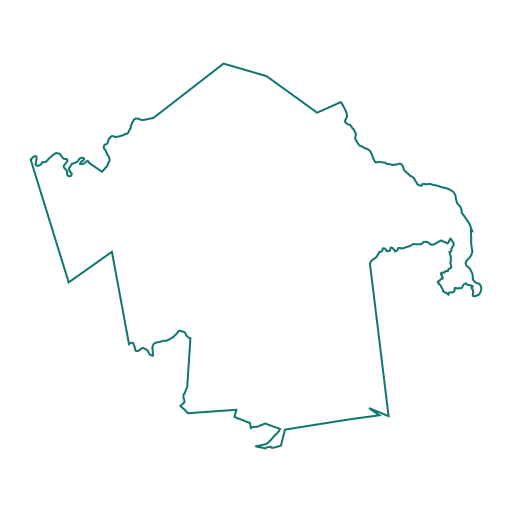 the district of San Juan Lachao, Oaxaca, Mexico
{"feature_id": "50627088B81693783238627", "entity_name": "San Juan Lachao", "entity_type": "district", "adm_level": 2, "iso_a3": "MEX", "parent_name": "Mexico", "parent_adm1": "Oaxaca", "projection": "mercator", "projection_center": [-97.102, 16.205], "detail": "fine", "context": "isolated", "style": "outline", "palette": "teal", "viewbox_px": 512, "rotation_deg": 0, "n_neighbors": 0, "source": "geoboundaries", "source_scale": "gbopen_adm2", "svg_char_len": 6045}
<svg xmlns="http://www.w3.org/2000/svg" viewBox="0 0 512 512"><path d="M340.8,102.1L317.0,112.7L316.0,112.1L314.6,110.7L312.7,109.5L266.6,76.2L223.5,63.6L153.5,117.9L142.5,120.2L139.6,119.3L138.8,118.8L137.2,118.6L136.1,118.4L135.2,119.0L134.1,119.5L132.5,122.3L132.4,122.3L130.7,126.3L130.9,127.8L129.9,129.0L129.5,130.1L128.7,131.2L128.2,132.9L127.1,133.8L125.3,133.9L123.8,135.1L122.6,135.2L121.6,135.9L120.3,135.9L118.9,136.6L117.5,136.6L115.7,137.0L114.4,136.7L113.1,136.1L111.8,136.1L110.6,136.9L108.9,138.9L107.5,143.1L106.7,144.0L104.7,144.7L104.1,145.6L103.7,146.8L104.0,148.5L105.0,149.4L105.4,150.4L105.9,151.0L107.0,153.9L108.5,156.3L109.5,158.4L109.5,161.1L108.0,163.5L107.4,165.6L105.1,168.3L104.3,169.3L101.9,171.7L90.1,163.6L89.2,162.8L88.2,161.2L87.0,161.0L85.3,162.6L82.6,164.1L80.1,164.0L80.2,163.2L81.0,161.9L82.2,161.0L83.1,160.6L84.0,159.4L84.0,158.6L83.6,158.2L82.6,157.8L81.3,157.8L79.9,158.4L79.2,159.0L78.3,160.4L77.4,161.7L74.7,162.9L71.8,163.9L71.3,164.9L69.8,167.4L69.0,168.4L69.1,169.7L69.9,171.5L71.1,172.8L71.8,174.0L71.3,175.3L70.4,176.2L69.3,176.3L67.9,175.7L67.5,175.0L67.0,173.6L67.1,171.4L66.9,171.1L66.6,170.2L65.4,169.1L64.7,168.2L64.0,167.6L63.7,166.8L63.9,165.6L64.5,164.7L65.4,163.8L67.5,160.9L66.9,159.3L66.5,159.0L65.3,159.0L63.8,158.7L63.4,158.4L62.4,157.5L59.7,153.8L56.7,153.1L55.5,153.3L54.1,154.2L52.1,155.7L49.2,158.3L48.0,159.6L47.5,160.4L46.2,161.6L45.4,162.0L42.5,162.2L41.4,163.6L41.1,164.2L40.3,164.8L38.7,165.6L37.4,165.8L36.1,165.4L35.6,164.4L35.6,163.7L35.9,162.7L36.6,158.5L36.5,157.3L36.3,156.4L35.7,156.1L34.5,156.2L33.1,157.1L30.7,159.7L68.7,282.4L111.9,251.8L129.0,344.1L130.0,343.2L131.4,342.9L132.6,342.8L133.4,343.4L133.7,344.8L134.6,346.7L135.4,350.5L136.2,350.9L137.2,351.1L138.4,350.8L139.4,350.0L140.2,349.7L141.1,348.6L143.2,347.9L145.5,349.3L146.7,349.6L147.7,350.8L149.5,354.2L152.0,355.6L152.7,355.8L153.2,354.9L152.8,353.4L152.7,350.0L152.5,348.5L152.3,347.6L152.8,345.7L153.2,345.0L153.9,343.8L155.2,343.0L157.5,342.3L161.4,341.5L163.6,340.7L165.6,340.9L169.2,339.5L174.0,336.5L174.4,335.8L176.9,333.6L178.2,331.5L179.7,330.6L181.9,331.5L183.8,331.7L185.1,332.8L186.5,335.7L187.4,336.4L188.5,337.6L190.4,338.2L187.3,385.6L187.0,387.2L186.6,388.6L185.8,390.2L184.9,392.9L183.9,394.0L183.6,394.9L183.4,397.7L184.2,399.6L184.4,401.1L184.4,402.3L180.4,405.9L182.7,408.1L184.7,409.8L186.3,411.5L186.8,412.3L188.0,413.2L236.3,409.8L234.5,417.0L249.9,423.0L250.9,428.0L251.9,427.4L253.5,427.0L257.2,426.8L265.1,423.5L280.0,428.9L278.9,431.1L277.3,433.2L275.3,434.9L273.2,437.2L271.1,439.7L267.9,442.8L265.6,444.3L260.4,445.4L255.3,446.3L265.5,448.4L266.8,447.4L270.4,446.7L272.0,447.9L274.9,447.4L276.0,447.1L277.0,446.7L279.0,446.4L279.8,445.8L280.9,445.7L285.0,429.6L351.0,419.1L379.4,415.3L369.0,408.1L388.6,416.1L369.9,263.3L371.6,260.6L376.3,257.2L378.5,253.7L379.1,252.2L381.6,251.4L382.5,250.3L382.5,249.2L382.8,248.4L383.8,248.4L384.9,248.6L386.5,250.3L386.7,251.2L389.3,250.9L390.0,250.4L390.2,249.1L390.7,247.7L392.1,247.7L393.7,249.4L394.8,250.3L395.0,251.3L397.1,250.5L397.9,249.3L398.3,248.1L399.9,247.8L401.4,248.6L403.5,248.1L410.0,246.0L412.8,244.2L421.1,244.3L422.3,243.2L424.1,241.8L427.0,242.0L428.0,242.4L431.1,244.7L432.7,244.8L435.4,243.7L438.8,241.6L441.5,240.4L442.3,241.2L446.7,242.8L447.4,243.4L448.5,242.5L449.1,240.9L450.4,238.7L451.3,239.4L452.2,241.3L453.2,242.3L453.8,244.6L453.4,245.5L451.4,248.5L451.5,250.2L450.5,251.9L449.5,252.0L449.7,253.2L450.9,257.0L450.9,257.7L450.6,259.3L451.0,260.6L450.3,262.8L450.6,264.2L451.3,266.7L451.2,267.4L450.3,268.3L449.2,268.7L448.2,269.5L448.0,271.0L447.3,271.2L446.3,271.1L445.3,271.4L444.1,272.7L443.4,272.5L441.7,272.7L440.9,273.5L441.2,274.8L442.0,275.0L441.9,276.9L442.8,277.8L442.5,278.7L441.6,278.8L440.5,279.5L439.8,280.5L439.0,280.8L438.6,281.4L437.9,281.6L437.9,282.7L438.7,282.9L439.1,284.4L439.8,284.6L440.8,285.9L441.6,287.6L442.3,288.8L443.0,290.1L443.2,291.3L445.0,292.5L446.6,293.1L448.4,294.6L448.7,293.8L448.7,293.0L450.8,292.2L452.2,292.5L453.3,292.2L454.4,291.2L454.7,290.1L454.6,288.9L455.0,288.0L456.2,288.1L458.2,288.6L459.0,288.0L459.9,288.2L461.0,288.2L461.9,287.8L463.4,284.9L464.3,284.0L466.1,283.4L466.7,284.3L467.8,284.9L469.6,285.2L470.1,285.1L471.3,285.6L471.8,285.7L472.7,286.5L471.4,287.6L471.7,288.4L472.3,288.9L472.9,290.4L472.9,291.1L473.4,292.0L473.1,292.9L472.8,294.9L472.9,295.4L473.3,296.1L475.4,296.1L476.6,295.7L477.4,295.1L478.0,295.1L478.9,294.6L479.7,293.5L480.5,291.9L481.3,289.0L481.1,286.5L479.5,284.1L478.1,283.3L476.9,283.1L475.7,282.5L473.9,281.1L472.7,278.8L473.0,277.8L472.7,276.7L472.6,275.5L472.7,275.2L472.1,273.2L471.2,271.4L469.9,268.5L466.3,265.6L465.6,263.1L466.6,260.7L470.3,256.8L471.2,255.2L472.4,251.8L471.3,245.0L471.1,239.9L471.3,238.1L471.0,234.5L471.0,229.7L471.9,230.4L469.5,223.8L467.8,221.3L467.1,220.5L464.6,216.6L462.7,214.1L462.0,213.4L461.5,212.1L461.7,210.5L461.5,209.8L460.4,206.8L459.1,205.6L458.8,205.1L457.1,203.1L456.7,201.8L456.3,200.2L455.9,199.2L455.7,196.2L454.4,193.4L453.9,192.5L452.4,191.2L450.9,190.4L449.1,189.1L443.8,187.6L442.7,187.5L438.4,186.0L435.9,185.4L433.2,184.9L430.3,184.0L427.5,184.1L425.4,184.3L423.9,183.9L423.1,184.0L422.3,184.2L421.7,185.6L419.8,185.5L418.5,185.0L418.0,184.7L417.1,183.8L416.6,182.5L415.2,180.6L414.4,178.8L413.5,177.7L411.4,176.3L409.9,175.7L408.9,174.4L407.3,173.1L404.3,170.3L403.8,169.4L403.5,168.2L402.6,165.9L401.8,164.7L399.8,163.5L396.6,164.6L395.1,164.5L393.0,165.0L391.7,164.8L389.6,164.1L387.2,164.1L385.2,162.7L383.0,162.4L382.1,162.3L379.6,161.9L378.8,161.9L377.9,162.2L375.8,162.4L374.6,161.4L374.3,160.4L373.6,159.3L372.9,157.5L371.6,153.8L369.9,150.9L368.1,149.4L362.7,147.1L361.9,146.3L359.6,145.6L358.7,144.7L358.2,143.7L357.1,142.4L356.5,140.9L355.1,138.7L355.2,137.4L356.0,134.0L353.6,129.3L352.4,128.3L351.6,126.7L350.8,125.9L350.0,124.8L348.6,124.6L346.5,123.5L344.9,121.7L345.2,120.4L345.8,119.1L346.6,117.8L347.0,116.3L347.0,115.0L346.4,112.4L344.9,109.4L344.5,108.2L343.6,106.8L342.1,103.9L340.8,102.1Z" fill="none" stroke="#0f766e" stroke-width="2"/></svg>